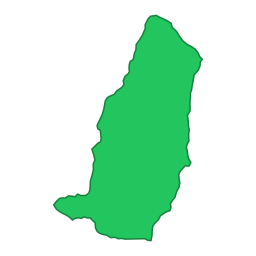 Nova Aliança, São Paulo, Brazil (Natural Earth projection)
{"feature_id": "56859067B34710336323608", "entity_name": "Nova Aliança", "entity_type": "district", "adm_level": 2, "iso_a3": "BRA", "parent_name": "Brazil", "parent_adm1": "São Paulo", "projection": "natural_earth1", "projection_center": [-49.522, -21.052], "detail": "fine", "context": "isolated", "style": "filled", "palette": "green", "viewbox_px": 256, "rotation_deg": 0, "n_neighbors": 0, "source": "geoboundaries", "source_scale": "gbopen_adm2", "svg_char_len": 1885}
<svg xmlns="http://www.w3.org/2000/svg" viewBox="0 0 256 256"><path d="M150.7,16.2L148.0,18.9L146.6,21.8L145.2,24.7L145.2,28.7L143.7,32.1L142.5,35.1L139.7,39.5L136.2,44.5L135.9,50.0L134.3,53.7L133.2,59.5L130.3,61.4L129.3,64.3L129.0,68.1L129.4,71.8L127.8,74.1L125.0,76.4L123.2,80.7L124.0,84.2L122.0,87.3L116.7,90.9L114.2,94.4L111.0,95.6L107.5,97.5L105.3,100.8L104.6,104.8L103.8,109.1L102.3,114.3L100.0,119.4L98.1,123.0L97.1,125.7L97.8,128.8L100.2,130.3L100.8,134.2L101.1,138.6L100.7,141.7L97.8,143.3L94.9,146.2L91.9,149.1L93.9,155.5L94.9,159.9L93.2,164.1L93.4,169.5L92.4,173.8L91.6,177.0L90.4,180.8L90.2,185.9L89.8,190.0L88.8,193.1L85.6,195.5L80.8,195.5L77.5,194.2L75.3,196.7L71.6,196.2L68.6,195.9L65.0,198.1L62.4,197.9L59.6,198.4L57.0,200.8L53.7,204.9L56.3,209.0L59.6,211.7L63.6,213.8L66.2,215.1L68.6,216.5L72.5,220.0L74.9,218.4L78.2,217.7L81.1,218.4L84.5,216.8L87.4,218.0L90.1,217.9L92.3,220.2L95.1,222.7L95.5,227.9L97.3,231.6L99.6,233.2L102.8,234.4L106.6,235.1L110.6,237.6L115.1,237.4L118.6,238.8L121.4,238.4L125.1,239.1L144.8,238.7L147.8,240.3L151.0,240.6L152.0,235.5L152.2,230.5L152.8,226.2L154.4,223.7L156.3,221.8L158.4,219.7L160.5,215.7L163.6,213.6L166.2,211.9L169.8,210.7L171.0,207.6L170.4,203.9L172.4,200.5L175.0,197.3L176.5,191.7L179.0,187.3L179.8,182.9L179.1,179.0L178.7,174.9L179.8,172.1L181.9,169.4L185.0,165.9L189.1,166.0L190.8,162.6L188.6,158.5L187.7,155.1L187.3,151.2L186.4,147.5L187.1,144.4L188.9,140.9L188.6,137.0L188.7,133.5L189.3,129.9L188.5,126.2L188.3,122.5L188.0,119.1L187.4,115.2L190.1,110.8L190.0,105.2L189.9,101.3L190.5,97.2L190.4,93.0L191.5,90.1L192.0,86.6L193.1,81.2L194.1,74.8L198.3,70.2L200.0,65.8L200.4,61.8L202.3,59.3L199.8,56.7L197.7,52.2L195.0,49.0L190.6,46.1L187.4,44.6L183.2,41.2L179.8,36.8L176.3,31.1L172.2,27.4L171.0,23.2L167.6,21.0L163.5,19.0L158.9,16.9L156.4,15.4L153.9,15.8L150.7,16.2Z" fill="#22c55e" stroke="#15803d" stroke-width="1.5"/></svg>